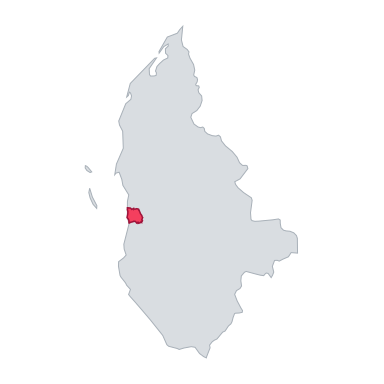 location of La Ceiba, Atlántida, Honduras, rotated 272°
{"feature_id": "27666195B56820248384798", "entity_name": "La Ceiba", "entity_type": "district", "adm_level": 2, "iso_a3": "HND", "parent_name": "Honduras", "parent_adm1": "Atlántida", "projection": "robinson", "projection_center": [-86.825, 15.67], "detail": "fine", "context": "in_parent", "style": "filled", "palette": "rose", "viewbox_px": 384, "rotation_deg": 272, "n_neighbors": 0, "source": "geoboundaries", "source_scale": "gbopen_adm2", "svg_char_len": 5227}
<svg xmlns="http://www.w3.org/2000/svg" viewBox="0 0 384 384"><g transform="rotate(272 192 192)"><path d="M357.3,177.0L343.6,176.1L337.1,178.0L334.3,182.2L331.9,184.1L329.8,183.7L325.7,185.3L319.5,189.1L313.9,190.5L309.0,189.6L307.5,190.5L307.1,191.8L306.4,193.0L304.4,193.6L302.2,193.3L299.7,191.9L298.4,192.5L298.3,195.0L296.9,195.6L294.4,194.5L291.5,195.3L288.3,198.3L283.8,198.9L278.1,197.2L273.6,194.0L270.4,189.3L266.6,188.2L260.0,191.6L257.2,195.7L256.6,198.2L257.3,200.5L256.0,202.0L253.0,202.7L250.6,205.5L249.0,210.3L248.7,214.0L249.7,216.6L248.1,218.5L244.1,219.7L239.3,223.8L233.8,230.9L228.3,235.8L222.9,238.5L220.3,241.6L220.5,245.0L220.1,246.1L219.1,246.5L217.3,247.0L206.8,239.6L203.8,234.4L201.2,235.2L197.9,237.8L193.2,243.6L188.3,251.5L185.8,252.4L173.4,251.2L166.8,251.9L165.5,252.9L164.9,255.8L165.2,259.7L167.0,273.6L168.1,279.3L167.1,281.1L163.7,281.3L159.4,282.2L157.0,284.8L156.4,287.5L156.2,291.2L154.8,295.1L152.1,297.9L149.4,298.9L134.6,299.6L134.9,293.2L130.6,290.6L128.1,285.3L126.0,281.6L126.7,279.5L126.5,276.9L120.5,274.9L114.8,276.5L111.6,275.4L109.2,274.1L113.3,270.9L113.6,269.0L112.3,267.6L110.9,266.6L111.3,263.0L112.2,258.8L114.5,248.9L113.6,247.2L109.8,244.2L105.0,243.9L99.8,244.8L97.2,243.3L95.0,239.9L91.2,238.2L84.6,241.0L77.5,245.1L75.3,246.6L73.5,246.4L72.7,243.3L72.4,239.7L72.0,238.8L68.2,237.5L63.8,236.5L61.6,235.5L59.4,233.1L54.2,229.9L53.0,227.5L46.0,222.1L44.6,219.4L43.0,217.4L39.6,214.9L36.9,215.5L28.0,212.4L26.7,212.1L27.9,209.4L30.8,205.2L36.9,200.5L37.4,196.7L35.8,189.4L34.2,184.7L35.1,182.6L37.0,174.1L38.5,172.2L47.4,167.9L48.2,167.3L55.2,161.3L63.0,154.6L71.0,147.3L80.0,139.0L85.0,134.2L87.3,132.2L92.5,133.9L96.5,130.0L98.9,128.7L104.4,124.0L106.1,123.0L115.3,121.1L119.8,121.1L123.7,125.9L126.7,128.4L132.6,126.2L137.4,125.7L157.6,130.1L165.6,128.2L180.3,127.8L186.9,128.9L196.2,122.7L202.2,121.4L209.2,118.5L208.3,115.5L206.6,114.2L217.3,115.5L233.3,121.8L250.3,120.6L256.4,117.2L260.4,116.3L277.9,122.7L282.5,127.7L286.0,128.2L288.8,127.1L289.6,126.0L286.1,125.0L284.6,123.4L298.3,126.5L324.3,150.0L324.8,151.9L313.8,144.9L307.9,145.4L306.4,146.6L306.7,150.4L307.3,152.1L309.8,152.3L311.6,151.3L316.2,152.6L319.2,155.1L322.9,158.9L325.1,163.1L327.5,163.2L329.8,160.7L334.2,160.4L337.1,163.2L339.1,163.0L336.3,158.7L329.6,154.3L331.2,154.1L346.0,161.9L350.2,171.8L353.7,174.0L357.3,177.0ZM183.5,92.6L175.0,97.4L172.3,97.3L176.2,93.6L182.5,90.4L187.8,88.9L192.2,89.6L183.5,92.6ZM212.7,87.5L208.6,91.1L207.9,89.5L209.8,86.2L212.3,84.4L214.6,84.5L214.1,85.9L212.7,87.5Z" fill="#d9dde1" stroke="#a8b0b8" stroke-width="1"/><path d="M174.0,128.0L173.9,128.0L173.6,128.0L173.3,128.0L173.2,128.0L172.9,128.1L172.5,128.0L172.4,128.1L172.1,128.0L171.8,128.1L171.6,128.1L171.4,128.3L171.2,128.3L170.7,128.4L170.6,128.5L170.4,128.6L170.1,128.6L169.5,128.6L169.2,128.6L168.9,128.6L168.7,128.6L168.2,128.6L167.8,128.6L167.7,128.5L167.4,128.5L167.1,128.5L166.7,128.4L166.4,128.4L166.1,128.3L165.9,128.3L165.7,128.2L165.4,128.2L164.9,128.1L164.7,128.0L164.5,127.9L164.4,127.9L164.3,128.0L164.2,128.1L163.9,128.2L163.9,128.3L163.7,128.5L163.4,128.6L163.3,128.8L163.2,128.9L163.1,129.0L162.9,129.1L162.7,129.2L162.5,129.3L162.4,129.3L162.2,129.4L162.1,129.5L161.9,129.7L161.7,129.8L161.4,129.9L161.2,129.9L160.8,129.9L160.6,130.0L160.3,130.0L160.1,130.0L159.9,130.1L159.6,130.1L159.4,130.1L159.1,130.1L158.9,130.1L158.8,130.3L158.8,130.5L158.9,130.8L159.0,130.8L159.3,131.0L159.5,131.2L159.6,131.3L159.6,131.5L159.7,131.9L159.7,132.0L159.8,132.2L159.8,132.3L159.8,132.5L159.9,132.8L159.9,133.0L160.0,133.1L160.1,133.3L160.1,133.5L160.2,133.8L160.4,134.1L160.4,134.4L160.4,134.5L160.6,134.6L160.7,134.8L160.8,134.9L160.8,135.0L160.7,135.1L160.6,135.3L160.7,135.5L160.6,135.8L160.7,136.1L160.6,136.3L160.6,136.5L160.4,136.7L160.2,136.8L160.1,137.0L159.9,137.1L159.6,137.3L159.5,137.5L159.2,137.6L159.0,137.8L158.9,137.9L158.9,138.0L159.0,138.1L159.2,138.3L159.3,138.3L159.4,138.5L159.6,138.6L159.8,138.8L159.9,139.0L159.7,139.1L159.7,139.3L159.4,139.3L159.2,139.4L159.1,139.5L158.9,139.5L159.0,139.7L159.0,139.8L159.1,140.0L159.1,140.3L159.3,140.4L159.3,140.5L159.2,140.6L159.2,140.8L159.3,140.8L159.5,141.0L159.7,141.3L159.8,141.4L159.8,141.6L159.9,141.8L159.9,142.0L159.8,142.4L160.0,142.3L160.1,142.2L160.3,142.1L160.5,142.2L160.6,142.3L160.6,142.5L160.7,142.9L160.6,143.0L160.9,143.2L161.0,143.2L161.3,143.3L161.6,143.5L161.8,143.5L161.9,143.4L162.0,143.2L162.3,142.9L162.5,142.8L162.8,142.8L163.0,143.0L163.4,143.2L163.7,143.2L164.0,143.3L164.3,143.4L164.5,143.5L164.7,143.4L164.8,143.4L164.9,143.5L165.0,143.4L165.2,143.2L165.6,143.0L165.9,142.9L166.0,142.9L166.6,142.7L166.9,142.6L167.2,142.3L167.6,142.0L167.7,141.9L168.1,141.6L168.8,141.1L169.2,141.0L170.0,140.6L170.4,140.4L171.0,140.2L171.4,140.0L171.6,139.8L171.8,139.8L172.0,139.8L172.1,139.7L172.3,139.5L172.3,139.4L172.5,139.4L173.0,139.2L173.4,137.3L173.1,136.4L173.0,136.1L173.0,135.8L173.0,134.8L172.9,134.7L173.0,134.7L173.2,134.4L173.3,134.3L173.4,134.1L173.5,134.1L172.5,132.4L173.3,131.7L173.9,130.7L173.8,130.3L173.9,130.1L173.9,129.9L173.9,129.7L173.9,129.4L173.9,129.2L173.8,128.9L173.8,128.7L174.0,128.6L174.0,128.4L174.0,128.2L174.0,128.0Z" fill="#f43f5e" stroke="#9f1239" stroke-width="1.5"/></g></svg>